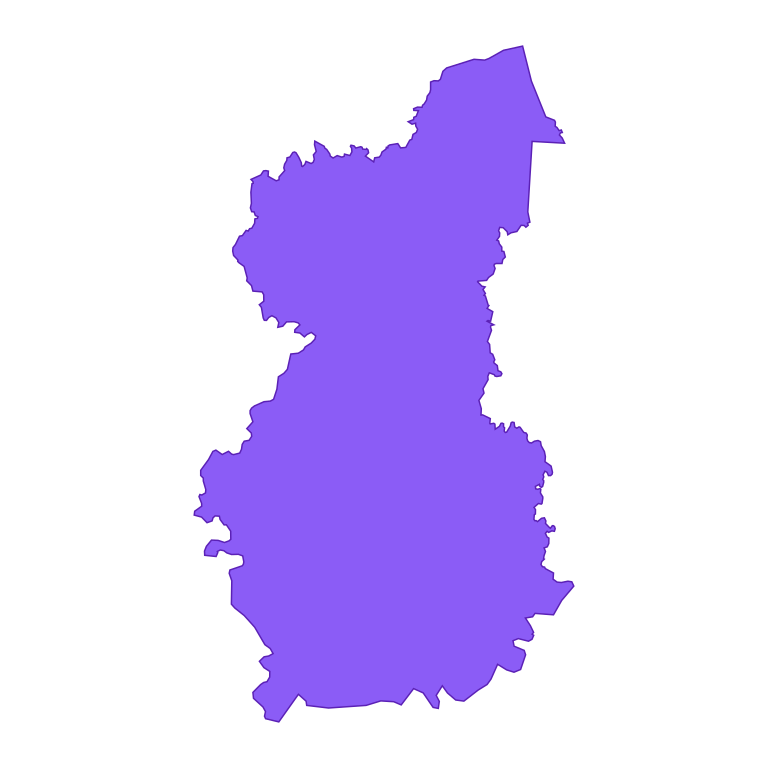 outline of San Baltazar Loxicha, Oaxaca, Mexico
{"feature_id": "50627088B31289978402863", "entity_name": "San Baltazar Loxicha", "entity_type": "district", "adm_level": 2, "iso_a3": "MEX", "parent_name": "Mexico", "parent_adm1": "Oaxaca", "projection": "mercator", "projection_center": [-96.791, 16.043], "detail": "fine", "context": "isolated", "style": "filled", "palette": "violet", "viewbox_px": 768, "rotation_deg": 0, "n_neighbors": 0, "source": "geoboundaries", "source_scale": "gbopen_adm2", "svg_char_len": 6116}
<svg xmlns="http://www.w3.org/2000/svg" viewBox="0 0 768 768"><path d="M522.6,46.1L503.5,50.3L488.9,58.5L484.7,60.1L474.0,59.3L446.7,67.9L442.9,71.3L440.4,79.3L438.3,80.9L434.0,80.7L430.6,82.0L430.6,89.7L429.9,92.6L427.2,96.2L426.6,100.0L424.2,103.9L422.6,105.2L422.0,107.3L417.5,107.1L413.6,108.7L413.8,110.4L418.4,110.7L416.2,116.3L413.8,117.3L413.6,119.6L408.2,121.7L412.0,124.2L415.6,123.2L415.8,126.1L417.6,129.2L416.3,132.5L413.0,134.4L411.8,139.4L409.8,140.1L405.8,147.4L400.6,147.9L397.8,143.6L389.8,144.9L388.1,145.9L387.7,147.9L386.4,147.3L385.9,149.2L382.0,152.0L380.9,155.1L379.3,157.1L374.7,157.8L373.7,161.9L365.4,156.1L368.6,152.8L368.0,149.9L366.6,148.6L366.1,149.4L362.7,149.1L362.1,147.3L360.8,146.7L355.8,148.0L354.1,145.9L351.0,145.2L350.4,146.3L351.6,148.1L351.9,151.9L349.9,155.5L344.5,154.1L344.1,156.4L341.8,157.1L337.2,155.6L333.1,158.0L330.3,156.1L329.8,154.0L326.7,149.4L324.9,148.2L324.2,146.3L314.8,141.1L314.5,144.7L316.2,151.5L313.4,154.9L314.3,159.4L313.1,162.4L311.1,163.5L306.0,161.4L304.8,164.5L302.6,166.5L301.7,166.1L301.3,162.7L298.8,157.3L296.0,152.7L294.5,152.0L292.8,152.5L289.9,157.0L287.0,157.8L286.8,160.4L284.6,164.2L283.8,167.9L284.7,170.6L279.1,176.9L279.0,179.8L276.2,180.8L268.1,176.3L268.4,171.1L265.9,170.6L263.5,170.9L260.8,175.0L251.0,179.4L253.0,181.6L253.2,183.3L252.0,183.7L250.9,192.2L251.4,203.4L250.4,207.9L251.7,211.7L254.1,211.9L255.3,215.5L258.0,216.6L257.5,218.3L254.9,218.9L254.6,223.3L251.8,228.2L249.6,228.7L248.2,231.0L246.1,230.4L242.4,235.6L239.5,236.2L235.5,244.4L233.0,247.6L232.7,251.1L233.6,255.5L237.9,260.0L237.7,261.4L238.8,262.6L244.1,266.4L247.2,277.9L246.7,280.8L251.5,285.6L252.9,291.1L262.1,291.9L263.7,294.7L263.8,301.2L259.3,304.7L261.4,307.4L263.2,317.9L264.3,320.3L266.5,320.4L268.7,317.5L271.9,315.7L276.0,317.9L278.8,322.5L277.8,327.3L282.8,326.2L286.5,321.9L294.1,321.7L298.2,322.9L299.9,324.9L294.9,329.7L294.7,332.3L299.9,333.0L304.4,336.9L307.0,334.5L311.3,332.4L315.7,335.8L314.9,339.2L311.2,343.1L305.2,346.9L303.5,349.9L298.3,353.2L290.8,354.0L287.4,369.3L283.9,373.3L278.4,376.8L276.9,389.2L273.6,399.3L270.3,401.1L264.0,401.7L254.5,405.9L251.6,408.1L250.1,410.6L250.1,413.6L252.9,421.8L246.8,428.6L251.3,433.0L251.7,436.3L249.1,440.3L244.2,441.2L242.2,444.4L241.5,449.3L239.7,453.1L233.6,454.6L231.6,454.1L228.5,451.3L222.2,454.5L215.9,450.1L212.9,451.4L208.5,459.6L200.7,470.3L200.7,475.5L203.3,478.1L203.3,481.0L205.8,489.6L205.5,492.9L201.8,495.0L199.9,494.5L199.0,496.6L201.6,503.3L201.7,506.2L194.7,511.2L194.2,515.1L201.6,517.1L207.0,522.7L212.1,520.9L213.0,517.8L215.1,515.9L219.4,516.2L220.1,519.5L224.1,524.9L226.4,524.8L230.7,531.2L230.8,539.3L229.1,540.8L224.5,542.5L218.2,540.4L211.5,540.1L206.4,546.3L204.5,551.1L204.7,555.3L216.1,556.5L217.8,552.6L217.3,551.5L220.3,550.0L223.9,550.7L226.8,552.9L231.6,554.5L238.4,554.3L242.7,555.9L243.8,561.9L243.3,564.4L242.2,565.8L229.9,570.0L229.2,573.3L231.8,580.8L231.4,604.2L234.9,608.1L244.2,615.5L254.7,627.2L264.9,644.7L270.2,648.5L273.1,653.6L268.7,656.0L264.1,656.8L259.4,661.3L263.9,667.6L269.8,671.4L269.7,677.1L267.0,681.7L263.6,682.5L260.6,684.6L252.9,692.4L253.5,698.3L263.0,707.0L265.5,711.6L264.5,716.2L265.6,718.7L278.8,721.9L298.4,694.3L306.1,701.2L306.7,705.4L328.5,708.0L366.1,705.4L380.8,700.9L393.7,701.7L401.2,704.9L413.6,688.6L423.2,692.9L433.1,707.4L438.3,708.4L439.3,701.4L436.2,695.4L442.3,685.8L447.5,693.0L455.7,700.0L463.9,701.1L478.1,690.1L487.1,684.5L491.0,679.1L497.6,664.3L506.7,669.9L514.0,672.2L520.6,669.5L525.6,654.8L524.2,650.4L514.1,646.2L513.0,640.7L518.3,638.6L528.5,641.2L532.0,639.3L533.7,635.3L532.1,634.2L533.6,632.4L530.4,625.7L525.4,618.0L532.6,616.8L535.0,613.4L553.5,614.8L561.7,600.4L573.8,586.1L571.8,581.8L567.9,581.2L561.4,582.5L557.1,582.1L553.1,579.2L553.5,573.0L545.3,568.6L544.6,567.1L542.4,566.7L541.0,564.5L541.7,561.6L544.3,559.1L543.6,558.7L544.0,555.8L545.5,551.5L544.1,547.9L547.3,546.8L548.8,543.5L548.9,538.1L547.1,537.0L545.4,533.3L547.1,531.3L548.6,532.4L551.8,530.9L554.4,531.3L555.2,528.7L554.5,526.5L553.4,525.7L552.3,525.7L550.4,528.2L549.4,527.5L545.5,523.4L545.9,521.0L544.4,517.8L541.5,518.3L537.5,521.6L536.1,520.6L535.0,520.8L533.9,519.4L534.3,514.7L535.4,514.0L535.5,509.6L534.0,507.4L538.4,503.5L541.3,504.1L542.0,503.5L542.8,498.4L542.8,496.9L540.4,492.9L540.8,489.3L540.0,488.5L537.8,489.3L535.7,488.8L535.4,486.4L539.4,484.3L539.6,486.0L541.4,487.3L542.6,486.5L543.7,482.4L543.7,480.6L542.7,479.5L543.8,476.9L543.1,474.8L544.9,471.2L547.0,472.3L548.5,475.6L550.6,475.6L552.1,474.2L552.5,472.3L551.1,466.1L545.0,461.7L545.4,456.6L544.4,451.5L541.2,445.7L540.5,441.7L538.0,440.5L534.4,441.2L531.5,443.0L529.3,442.6L527.6,440.8L526.9,438.2L527.3,435.0L526.2,433.1L523.7,432.4L520.1,427.3L519.0,426.9L516.8,428.2L514.7,426.9L514.1,422.5L512.2,422.1L511.1,422.8L510.3,426.1L506.6,432.2L505.3,432.5L504.2,431.1L504.6,427.8L503.5,426.7L503.6,423.8L502.1,423.1L500.9,423.4L499.5,426.3L495.2,429.2L494.9,424.1L493.8,423.3L490.2,423.9L489.8,423.3L490.3,418.6L482.7,414.9L481.0,415.0L481.3,408.7L478.9,400.4L484.0,393.1L483.0,388.7L488.1,379.7L487.8,376.4L489.3,372.8L494.3,374.7L495.0,376.1L496.8,376.5L500.8,375.8L501.9,373.7L500.8,371.8L498.0,370.7L497.3,365.6L494.1,363.0L493.7,361.9L494.8,359.8L492.7,354.3L490.2,352.8L489.6,344.4L487.4,341.5L491.5,330.3L490.5,327.0L490.9,325.6L493.8,324.8L487.0,321.2L488.0,320.5L490.6,321.2L492.8,311.7L487.1,308.4L488.9,305.5L488.2,305.2L485.4,296.0L484.0,295.3L485.4,293.5L483.0,289.5L485.1,286.9L481.9,286.2L477.6,281.8L478.0,281.1L486.6,280.4L488.5,277.5L493.2,274.0L495.1,268.5L494.0,265.6L494.4,264.2L496.2,263.5L502.0,263.5L502.8,259.5L505.3,257.0L503.9,251.5L501.8,251.1L501.8,247.1L499.3,243.8L498.6,240.9L496.8,240.2L499.5,236.4L499.7,232.9L498.6,230.8L499.7,227.4L503.2,227.7L507.2,231.7L507.8,234.8L511.0,232.8L516.9,231.5L521.1,225.3L524.2,225.5L525.9,227.2L528.2,225.3L527.4,223.2L529.9,222.2L527.8,211.9L532.1,141.4L564.6,143.2L562.2,138.0L559.4,135.0L560.4,132.9L562.3,132.5L561.3,130.0L559.1,130.6L557.0,127.5L555.2,126.3L555.4,122.1L554.5,120.3L545.8,116.9L531.4,81.1L522.6,46.1Z" fill="#8b5cf6" stroke="#5b21b6" stroke-width="1.5"/></svg>